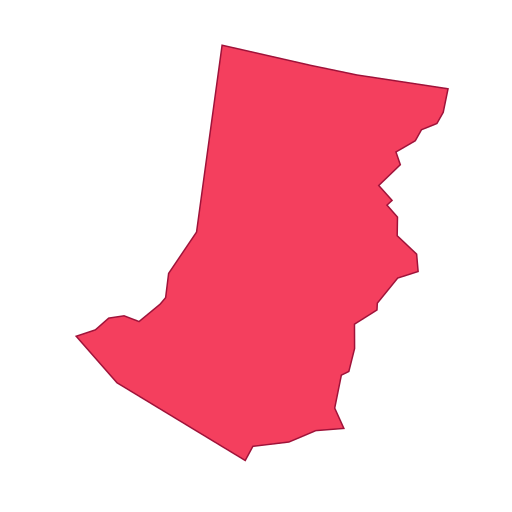 Marion, Kentucky, United States of America, rotated 278°
{"feature_id": "52423323B50933714814706", "entity_name": "Marion", "entity_type": "district", "adm_level": 2, "iso_a3": "USA", "parent_name": "United States of America", "parent_adm1": "Kentucky", "projection": "orthographic", "projection_center": [-85.281, 37.571], "detail": "fine", "context": "isolated", "style": "filled", "palette": "rose", "viewbox_px": 512, "rotation_deg": 278, "n_neighbors": 0, "source": "geoboundaries", "source_scale": "gbopen_adm2", "svg_char_len": 668}
<svg xmlns="http://www.w3.org/2000/svg" viewBox="0 0 512 512"><g transform="rotate(278 256 256)"><path d="M151.5,89.1L111.1,136.0L52.0,273.8L67.1,279.4L76.4,314.5L91.4,339.5L97.5,367.0L116.3,355.1L149.9,357.1L154.6,364.0L178.1,366.5L202.2,363.0L219.4,383.3L226.2,382.7L253.9,399.4L263.2,418.7L280.2,414.8L295.7,393.0L314.2,390.7L324.6,378.6L330.0,383.0L342.9,367.7L366.5,386.2L378.5,380.1L392.3,397.7L404.1,402.3L412.4,416.7L424.3,421.4L448.3,422.9L449.3,330.7L452.4,283.4L460.0,193.1L347.2,193.5L271.4,193.8L226.6,171.9L202.2,172.3L195.0,167.8L174.8,149.3L178.4,133.7L174.0,118.8L160.5,107.2L151.5,89.1Z" fill="#f43f5e" stroke="#9f1239" stroke-width="1.5"/></g></svg>